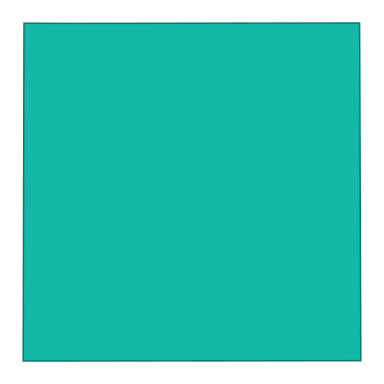 outline of Midland, Texas, United States of America
{"feature_id": "52423323B34026516853793", "entity_name": "Midland", "entity_type": "district", "adm_level": 2, "iso_a3": "USA", "parent_name": "United States of America", "parent_adm1": "Texas", "projection": "albers", "projection_center": [-102.104, 31.869], "detail": "fine", "context": "isolated", "style": "filled", "palette": "teal", "viewbox_px": 384, "rotation_deg": 0, "n_neighbors": 0, "source": "geoboundaries", "source_scale": "gbopen_adm2", "svg_char_len": 196}
<svg xmlns="http://www.w3.org/2000/svg" viewBox="0 0 384 384"><path d="M24.0,23.2L23.2,361.0L360.8,360.7L359.6,23.0L73.8,23.4L24.0,23.2Z" fill="#14b8a6" stroke="#0f766e" stroke-width="1.5"/></svg>